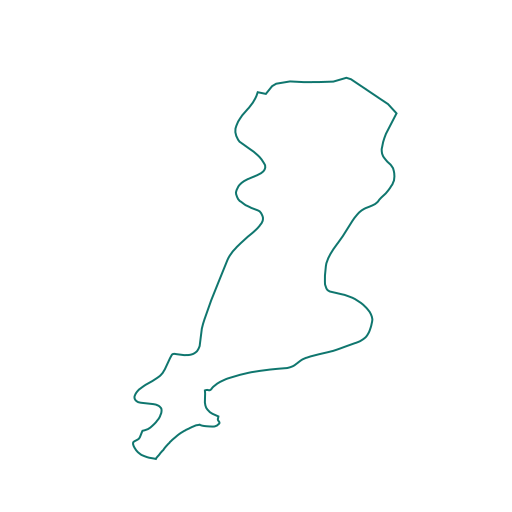 the district of Tien Lang, Hải Phòng, Vietnam, rotated 249°
{"feature_id": "81297802B70010606578992", "entity_name": "Tien Lang", "entity_type": "district", "adm_level": 2, "iso_a3": "VNM", "parent_name": "Vietnam", "parent_adm1": "Hải Phòng", "projection": "equal_earth", "projection_center": [106.556, 20.711], "detail": "fine", "context": "isolated", "style": "outline", "palette": "teal", "viewbox_px": 512, "rotation_deg": 249, "n_neighbors": 0, "source": "geoboundaries", "source_scale": "gbopen_adm2", "svg_char_len": 5282}
<svg xmlns="http://www.w3.org/2000/svg" viewBox="0 0 512 512"><g transform="rotate(249 256 256)"><path d="M133.5,87.4L132.3,86.2L130.1,84.2L128.5,82.7L127.5,81.4L127.1,80.2L126.8,78.0L126.6,76.2L126.3,75.0L125.5,74.2L124.3,73.8L123.0,73.7L122.2,73.7L120.5,73.9L117.6,74.5L115.2,75.4L113.3,76.5L111.4,77.7L109.2,80.0L107.2,82.3L106.0,83.9L103.4,88.3L102.4,89.8L103.0,90.4L103.5,91.2L103.8,91.8L104.1,92.3L104.3,92.7L104.6,93.4L105.0,94.1L105.4,94.8L105.8,95.4L106.3,96.2L106.6,96.7L106.8,97.2L107.2,97.9L107.4,98.3L107.7,98.9L108.0,99.8L108.3,100.2L108.6,100.6L109.0,101.2L109.4,101.8L109.7,102.3L110.4,103.6L110.8,104.3L111.1,105.0L111.5,105.7L112.2,107.2L112.4,107.8L112.7,108.4L113.2,109.1L113.8,110.7L114.2,111.5L114.5,112.3L114.9,113.4L115.2,114.3L115.7,115.8L116.4,117.7L116.7,118.6L116.9,119.2L117.2,120.2L117.4,121.1L117.7,122.1L117.8,122.8L118.4,126.0L118.5,127.1L118.6,127.8L118.8,128.6L118.8,129.4L118.9,130.6L118.9,131.3L119.1,132.6L119.2,134.1L119.3,135.0L119.3,135.5L119.3,136.3L119.4,138.2L119.4,138.5L119.4,139.1L119.4,139.5L119.0,141.1L118.9,141.8L118.8,142.3L118.7,142.8L118.7,143.0L118.3,143.2L117.0,144.8L116.1,146.3L115.9,146.6L115.8,146.8L115.0,148.4L114.7,149.0L113.5,151.6L112.2,154.6L111.7,156.2L111.7,158.8L112.1,159.8L112.6,161.3L113.0,161.9L113.3,162.1L113.6,162.1L113.9,162.2L114.3,162.2L114.8,162.1L115.3,161.9L115.8,161.8L116.4,161.7L117.0,161.8L117.4,161.9L117.8,162.2L118.2,162.5L119.7,163.4L124.3,158.8L126.7,157.0L130.1,155.6L132.2,155.1L134.7,155.2L137.6,155.8L141.5,157.4L145.8,159.2L148.8,160.1L148.7,161.6L148.3,162.8L147.6,163.8L147.3,164.6L147.3,165.3L147.5,166.1L147.8,166.7L148.7,168.1L149.3,169.4L150.3,172.6L150.8,174.2L151.0,175.5L151.3,177.0L151.5,179.3L151.7,182.2L151.8,183.7L151.8,185.6L151.6,188.4L150.8,198.6L149.6,207.4L149.1,210.5L149.0,210.8L147.4,218.3L145.3,227.0L145.1,227.9L142.9,235.9L140.9,242.7L140.5,244.0L140.2,245.2L140.0,247.0L139.9,248.2L139.9,249.5L139.9,250.7L140.0,251.8L140.3,253.2L142.2,259.6L142.5,260.8L142.8,262.3L142.9,264.0L143.0,266.2L142.9,266.5L142.7,271.0L141.7,279.6L140.4,288.9L139.9,293.1L139.8,293.4L139.6,297.5L139.5,301.2L139.4,308.4L139.2,317.0L139.1,318.2L139.1,320.8L139.2,322.7L139.5,324.3L139.9,326.2L140.3,327.6L140.8,329.1L141.3,330.1L142.2,331.5L143.8,333.5L144.6,334.4L145.8,335.5L148.2,337.5L149.8,338.7L153.0,340.8L154.8,341.8L155.9,342.1L156.1,342.1L157.9,342.4L160.4,342.4L163.0,342.1L165.6,341.3L167.7,340.6L172.1,338.6L174.5,337.2L177.0,335.4L180.3,333.0L182.4,331.1L184.9,328.3L186.8,326.1L188.0,324.7L189.3,322.7L191.6,319.3L192.7,317.7L196.4,312.2L196.9,311.8L197.6,311.2L198.4,310.7L199.3,310.3L200.6,310.1L203.8,310.2L204.9,310.3L207.5,311.2L213.1,313.4L221.5,317.6L224.0,319.1L228.1,322.7L231.3,326.3L234.4,330.4L234.5,330.5L238.3,336.3L238.7,337.0L243.4,344.1L252.3,356.0L254.1,358.4L256.3,361.6L258.5,365.5L259.7,367.9L260.7,370.9L261.2,373.6L261.4,375.4L261.4,379.5L261.5,382.6L261.8,385.7L262.5,387.9L263.1,389.4L264.4,391.3L265.7,394.0L267.9,399.5L269.8,402.9L271.4,405.4L273.0,407.5L273.9,408.9L276.6,411.4L276.9,411.8L280.6,413.7L283.7,414.7L285.8,415.1L288.8,415.4L291.1,414.9L293.0,414.4L297.0,412.4L299.6,411.5L302.2,410.7L303.7,410.4L306.4,410.4L308.6,410.9L310.7,411.6L313.0,413.1L316.8,415.5L320.1,418.1L323.5,421.1L338.8,438.3L350.5,433.7L359.5,427.3L360.4,426.7L387.0,408.0L390.0,404.2L390.1,402.8L391.1,390.7L395.4,378.3L400.9,363.6L406.8,350.3L409.6,336.6L408.8,331.9L403.8,323.3L408.3,316.3L405.3,313.8L403.3,311.7L400.3,308.0L396.8,302.3L396.2,301.0L392.3,293.6L390.0,290.3L387.9,287.5L384.7,284.4L382.3,282.5L379.0,281.1L375.2,280.6L371.5,280.9L370.8,281.0L368.6,281.6L358.5,288.3L354.2,291.2L349.3,293.8L347.1,294.8L344.1,295.8L341.3,296.4L339.3,296.8L337.6,297.0L337.0,296.9L335.2,296.3L333.6,295.0L332.4,293.2L331.5,290.4L331.1,286.8L331.0,286.0L330.7,275.7L330.2,271.7L329.4,268.7L328.3,266.1L327.3,264.5L324.5,261.5L322.6,260.1L320.8,259.6L318.0,259.5L315.5,259.7L314.7,260.0L313.2,260.5L312.1,261.4L308.7,263.5L307.2,264.5L305.8,265.9L304.0,267.6L302.4,269.0L302.1,269.4L300.4,271.3L298.0,274.0L296.4,275.4L294.3,276.1L292.7,276.3L290.8,276.4L289.2,276.2L287.7,275.6L286.3,274.7L284.6,272.9L283.3,270.7L282.9,270.2L281.5,267.6L280.7,265.8L279.3,262.3L278.7,260.6L277.5,257.0L277.0,255.4L275.6,251.8L274.8,249.8L273.4,246.2L272.7,244.6L271.3,241.3L270.4,239.6L268.8,236.3L268.0,235.0L267.5,234.3L267.1,233.7L265.8,231.7L264.2,229.7L262.6,228.0L244.5,211.1L234.9,202.2L230.7,198.3L216.5,186.2L215.7,185.5L211.7,182.3L207.6,179.4L192.1,171.1L190.5,169.6L189.5,168.5L188.2,166.7L187.6,164.9L187.3,163.6L187.1,162.2L187.2,160.4L187.4,158.9L187.8,157.3L189.2,153.4L192.9,146.5L193.9,144.8L194.2,143.6L194.2,142.7L193.8,141.9L191.5,139.2L182.8,130.2L181.9,129.0L180.3,127.0L179.0,124.5L178.4,123.1L177.6,120.1L176.4,114.5L175.3,106.8L174.9,105.0L174.2,102.3L173.7,100.6L173.3,99.0L172.2,96.8L171.3,95.3L170.1,93.8L168.5,92.3L167.1,91.7L166.0,91.6L164.4,91.9L163.1,92.6L161.8,93.6L160.4,95.7L159.4,97.6L154.5,107.1L153.2,109.2L152.3,110.2L152.2,110.2L151.4,111.1L150.5,111.8L149.7,112.2L149.4,112.3L148.2,112.8L147.1,112.9L145.4,112.4L143.9,111.6L143.0,111.0L142.0,110.0L140.8,109.0L139.7,107.8L138.8,106.6L137.9,105.0L136.6,102.9L135.7,101.0L134.7,98.6L133.7,95.9L133.1,93.1L133.2,89.5L133.5,87.4Z" fill="none" stroke="#0f766e" stroke-width="2"/></g></svg>